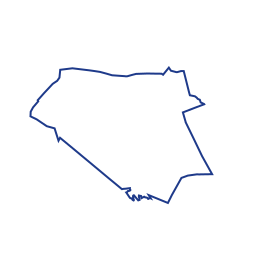 Santa María Zoquitlán, Oaxaca, Mexico (Robinson projection), rotated 329°
{"feature_id": "50627088B87489634133290", "entity_name": "Santa María Zoquitlán", "entity_type": "district", "adm_level": 2, "iso_a3": "MEX", "parent_name": "Mexico", "parent_adm1": "Oaxaca", "projection": "robinson", "projection_center": [-96.386, 16.557], "detail": "fine", "context": "isolated", "style": "outline", "palette": "blue", "viewbox_px": 256, "rotation_deg": 329, "n_neighbors": 0, "source": "geoboundaries", "source_scale": "gbopen_adm2", "svg_char_len": 2233}
<svg xmlns="http://www.w3.org/2000/svg" viewBox="0 0 256 256"><g transform="rotate(329 128 128)"><path d="M99.9,43.2L95.2,49.5L91.6,51.1L87.4,51.3L86.1,51.4L82.7,52.4L73.9,54.9L68.2,56.7L64.9,57.7L64.8,58.9L57.3,61.4L53.0,63.9L50.4,67.8L54.2,73.6L59.3,84.6L64.9,90.5L64.0,94.2L61.9,103.1L64.7,101.4L71.6,121.0L86.0,162.3L91.3,177.3L92.2,177.6L92.5,177.7L94.9,178.9L98.6,180.5L98.3,180.9L98.3,181.2L98.2,181.4L98.2,181.7L98.2,181.9L98.1,182.1L98.1,182.3L98.0,182.5L97.7,182.6L97.4,182.6L97.0,182.5L96.6,182.5L96.4,182.4L96.2,182.4L95.9,182.3L95.6,182.0L95.4,182.0L95.1,182.1L94.7,182.2L94.5,182.4L94.3,182.5L94.0,182.6L93.3,182.4L93.4,184.0L93.6,188.2L93.7,188.8L93.8,189.1L93.8,189.3L94.0,189.5L94.4,189.8L94.6,190.0L94.8,190.2L94.9,190.4L94.9,190.8L94.9,191.2L94.9,191.4L94.9,191.7L94.9,191.9L95.0,192.0L95.1,192.4L95.5,193.0L95.8,192.9L96.0,192.7L96.0,192.4L96.1,191.9L96.2,191.5L96.4,191.0L96.5,190.6L96.7,190.3L96.8,189.7L97.0,189.4L97.2,189.0L97.5,188.7L97.9,188.6L98.2,188.6L98.4,188.7L99.5,195.3L100.9,195.6L101.2,195.0L101.3,194.6L101.5,194.3L101.6,193.9L101.7,193.4L101.8,192.8L102.0,192.5L102.1,192.2L102.4,191.7L102.6,191.5L103.0,191.9L103.2,192.1L103.3,192.3L103.5,192.5L103.9,192.7L104.1,192.9L104.2,193.0L104.2,193.3L104.1,193.6L103.8,194.2L103.6,195.1L106.5,195.2L106.7,195.5L106.7,195.9L106.8,196.1L107.0,196.3L107.2,196.5L107.5,196.7L107.8,197.0L108.0,197.1L108.3,197.5L108.6,197.9L108.7,198.3L108.7,198.8L108.7,199.1L109.0,199.3L109.5,199.3L110.0,199.1L110.4,199.2L110.6,199.3L110.8,199.4L111.0,199.6L111.2,199.9L111.2,196.2L123.6,212.8L123.9,212.6L128.5,209.7L131.0,208.1L148.1,198.3L154.2,199.5L154.4,199.5L155.0,199.7L163.2,203.2L165.8,204.9L166.2,205.0L167.0,205.5L176.3,210.9L177.0,190.3L178.8,170.9L180.4,152.7L180.5,152.6L182.5,145.1L183.1,142.9L195.6,145.1L205.6,146.9L205.6,146.7L203.5,143.5L203.5,143.3L204.1,140.8L204.0,140.7L202.7,138.8L202.6,137.6L202.3,136.8L201.7,135.3L197.9,131.8L198.7,128.9L205.1,107.9L202.7,106.5L198.8,105.4L198.3,105.1L194.3,101.0L194.1,97.3L185.5,100.4L184.8,98.8L178.8,95.1L172.7,91.3L162.8,85.8L159.2,84.7L154.1,83.3L152.9,82.7L151.9,81.9L141.5,74.6L137.8,70.6L132.9,65.5L128.2,61.6L124.6,58.7L111.1,48.2L99.9,43.2Z" fill="none" stroke="#1e3a8a" stroke-width="2"/></g></svg>